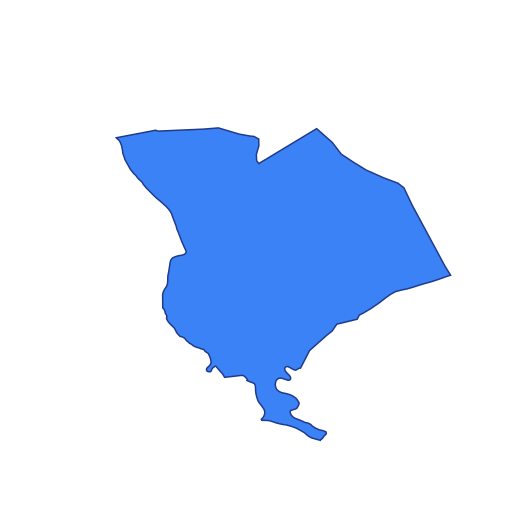 outline of Mae Lan, Pattani, Thailand, rotated 119°
{"feature_id": "78962969B32664708228231", "entity_name": "Mae Lan", "entity_type": "district", "adm_level": 2, "iso_a3": "THA", "parent_name": "Thailand", "parent_adm1": "Pattani", "projection": "natural_earth1", "projection_center": [101.273, 6.665], "detail": "fine", "context": "isolated", "style": "filled", "palette": "blue", "viewbox_px": 512, "rotation_deg": 119, "n_neighbors": 0, "source": "geoboundaries", "source_scale": "gbopen_adm2", "svg_char_len": 6093}
<svg xmlns="http://www.w3.org/2000/svg" viewBox="0 0 512 512"><g transform="rotate(119 256 256)"><path d="M220.3,435.5L220.6,434.7L221.1,432.3L221.9,430.5L222.9,429.2L224.4,427.4L227.1,425.0L228.8,423.6L230.8,422.2L232.2,420.6L235.3,417.2L241.1,407.9L242.7,404.1L243.2,402.9L243.7,400.4L244.8,398.1L245.6,396.0L246.4,392.4L246.9,390.9L247.9,389.5L249.8,384.7L252.6,374.9L253.7,370.6L254.3,367.2L254.9,364.2L256.2,358.8L257.3,355.4L258.5,352.9L259.7,350.6L261.4,348.8L268.4,340.5L271.1,337.9L273.1,335.3L279.1,328.2L282.5,323.8L284.2,321.4L285.4,319.8L286.0,319.2L286.6,319.0L287.3,318.9L288.2,319.0L289.1,319.4L290.0,320.1L291.3,321.3L293.7,324.3L295.1,325.7L297.3,327.5L298.3,328.1L299.1,328.3L300.6,328.5L301.7,328.4L303.5,327.9L312.4,324.6L316.0,323.5L321.3,320.8L322.9,320.1L324.6,319.7L325.7,319.5L328.2,319.7L329.9,319.8L331.4,319.7L332.7,319.6L334.0,319.3L335.5,318.7L345.7,312.9L346.6,312.4L346.7,312.2L347.0,311.2L347.3,310.5L347.6,309.9L347.9,309.6L348.3,309.1L350.2,307.4L350.8,306.0L351.1,305.6L351.6,305.1L352.3,304.6L352.9,304.3L353.6,304.1L353.8,304.0L354.0,303.9L354.2,303.7L354.4,303.6L355.0,302.6L355.4,302.1L356.0,300.9L356.2,300.5L356.6,299.5L357.3,297.3L357.6,296.3L358.3,293.6L358.5,292.8L359.1,291.8L360.0,290.3L361.4,288.4L361.7,287.8L362.0,286.9L362.6,285.2L363.0,283.9L363.1,283.5L363.0,283.2L362.7,281.9L362.6,281.5L362.5,280.9L362.5,279.3L362.5,278.5L362.6,278.3L362.7,278.1L363.1,277.2L363.5,276.3L363.8,275.4L363.9,275.0L364.0,273.9L364.1,273.3L364.2,273.1L364.5,272.4L364.5,272.1L364.5,271.5L364.5,270.2L364.5,269.5L364.9,267.3L364.9,266.7L364.9,266.2L364.6,263.4L364.2,262.2L364.0,261.2L363.9,260.7L363.9,259.5L363.8,259.0L363.6,258.3L363.3,257.1L363.2,256.7L363.2,256.4L363.3,255.9L363.9,254.7L364.1,254.2L364.1,253.9L364.2,253.1L364.3,251.4L364.4,250.8L364.5,250.3L365.0,249.6L367.2,246.7L367.9,246.0L369.6,244.5L370.2,244.1L370.7,243.8L371.1,243.6L371.7,243.5L372.4,243.4L372.8,243.3L373.2,243.4L374.2,243.5L374.9,243.7L377.6,244.5L378.3,244.6L378.8,244.5L379.2,244.3L379.6,244.1L380.1,243.6L380.3,243.3L380.3,243.0L380.4,242.6L380.4,242.0L380.3,241.6L380.2,241.4L379.9,240.8L379.7,240.3L379.4,239.9L379.2,239.7L378.8,239.6L378.6,239.5L375.9,239.7L375.2,239.7L374.6,239.4L373.0,238.7L372.2,238.3L372.1,238.2L372.0,237.7L372.0,237.3L373.3,233.8L374.2,231.5L374.6,230.2L374.9,229.3L375.3,228.2L375.5,227.8L376.7,225.6L377.0,225.2L377.2,224.9L377.3,224.7L377.2,224.6L377.1,224.3L376.9,224.0L367.8,211.3L367.3,210.5L366.9,209.5L366.7,208.8L366.7,208.5L366.8,207.9L366.8,207.5L367.0,206.9L367.6,205.1L368.1,204.0L368.3,203.6L368.8,203.4L369.0,203.4L369.3,203.5L369.2,202.5L368.9,199.7L368.5,197.6L368.4,196.1L368.4,195.8L368.5,195.6L368.7,195.1L368.9,194.8L369.3,194.2L369.8,193.7L370.2,193.4L371.9,192.3L374.3,190.9L375.7,189.9L377.9,188.0L378.5,187.4L380.7,185.2L381.2,184.6L381.6,184.1L381.9,183.7L382.7,182.2L385.0,177.1L385.8,175.4L386.2,174.8L386.8,174.0L387.2,173.5L387.7,173.1L388.2,172.7L389.3,172.2L390.3,171.8L391.0,171.7L392.0,171.5L392.6,171.5L393.2,171.5L394.4,171.7L396.2,172.2L396.4,172.1L396.6,171.9L396.8,171.6L396.8,171.1L396.7,170.8L395.1,167.9L394.1,165.7L393.5,164.2L393.0,162.0L392.1,157.0L391.5,154.8L390.7,151.9L390.1,150.2L389.1,147.8L389.0,147.3L388.8,146.5L387.6,141.3L387.1,137.7L387.0,135.1L387.0,131.8L387.1,128.0L387.2,127.3L387.6,125.8L387.9,124.3L388.1,122.8L388.2,120.8L388.2,119.9L388.1,119.2L388.0,118.4L386.0,110.3L385.6,110.4L385.3,110.4L385.2,110.4L383.6,109.5L383.4,109.5L383.0,109.4L381.1,109.2L380.1,109.1L379.6,108.9L378.9,108.7L378.4,108.5L377.9,108.4L377.6,108.4L377.3,108.5L376.9,108.6L376.4,109.1L376.1,109.4L375.8,109.7L375.8,109.9L376.0,110.6L376.3,112.7L376.6,114.0L377.3,116.2L377.4,116.5L377.4,117.1L377.5,118.6L377.7,120.2L377.5,123.9L377.4,124.3L377.4,124.6L377.0,125.6L376.9,126.1L376.8,126.6L376.8,127.3L376.8,128.6L376.9,129.3L377.5,131.4L377.9,132.7L377.9,132.9L377.9,134.1L377.9,134.6L378.1,135.9L378.3,138.6L378.8,141.7L378.9,142.4L378.9,142.8L379.0,143.7L378.9,144.6L378.9,145.1L378.8,145.6L378.5,146.7L378.3,147.3L378.0,148.0L377.5,148.8L376.7,149.8L376.5,150.1L376.1,150.4L375.7,150.6L375.3,150.7L375.1,150.8L374.6,150.8L374.1,150.6L373.7,150.2L372.1,148.7L370.8,147.4L370.3,147.0L369.5,146.6L369.2,146.5L368.9,146.4L367.0,146.4L365.6,146.5L364.8,146.6L364.2,146.8L363.6,147.1L363.3,147.5L363.0,147.9L362.6,148.8L362.0,149.9L361.7,150.5L361.3,151.2L361.2,151.8L361.0,152.5L360.7,154.4L360.7,155.4L360.7,157.7L360.8,158.7L360.9,159.4L361.2,160.9L361.6,162.5L362.4,165.1L363.0,167.2L363.1,168.0L363.2,168.9L363.3,169.5L363.2,170.3L363.1,171.4L362.9,172.3L362.7,172.9L362.6,173.1L362.4,173.5L362.2,173.9L361.6,174.7L361.1,175.2L360.3,175.9L359.9,176.3L359.4,176.6L358.9,176.9L358.1,177.2L356.7,177.7L356.0,177.9L355.3,178.0L354.9,177.9L353.8,177.7L353.1,177.5L352.4,177.0L351.9,176.7L351.7,176.5L351.3,175.9L350.7,175.1L350.6,174.8L350.5,174.5L350.3,173.8L349.9,171.6L349.4,169.0L349.3,168.2L349.1,167.8L349.0,167.3L348.8,167.2L348.6,166.9L348.2,166.6L347.9,166.4L347.6,166.3L347.4,166.2L346.6,166.2L346.0,166.5L345.4,167.0L345.0,167.5L344.6,168.2L344.3,168.8L344.0,169.7L343.9,170.1L343.6,171.3L343.3,172.2L343.0,173.1L342.6,174.0L342.1,175.0L341.6,175.5L341.3,175.8L341.0,176.1L340.6,176.3L340.3,176.4L340.1,176.4L339.4,176.4L339.2,176.3L338.6,176.2L338.4,176.0L338.0,175.8L337.9,175.6L337.6,175.1L337.3,174.4L337.2,173.5L337.1,172.8L337.2,169.7L337.1,168.8L337.1,167.9L336.9,166.9L336.8,166.4L336.5,165.9L336.2,165.7L335.5,165.2L334.7,164.7L333.8,164.2L333.3,163.8L333.1,163.7L332.8,163.3L332.6,162.9L332.5,162.7L312.7,163.3L291.1,155.7L284.6,153.0L276.5,152.3L262.3,136.9L257.6,137.0L253.4,134.2L246.2,130.0L236.5,125.2L230.1,122.5L224.2,119.7L219.5,116.7L214.9,111.9L211.7,108.1L207.4,103.8L200.4,97.2L192.9,89.6L186.9,84.1L181.3,79.2L178.5,76.5L173.2,85.9L135.8,144.1L124.7,159.6L123.5,167.1L125.7,182.0L127.4,201.0L126.8,215.2L125.6,230.8L119.7,244.3L115.2,264.7L173.5,298.2L173.8,298.2L172.4,301.6L167.1,304.9L158.3,306.9L152.4,310.3L152.4,315.7L154.1,319.7L157.6,330.0L162.2,351.0L170.4,363.3L194.2,402.1L194.7,404.8L220.3,435.5Z" fill="#3b82f6" stroke="#1e3a8a" stroke-width="1.5"/></g></svg>